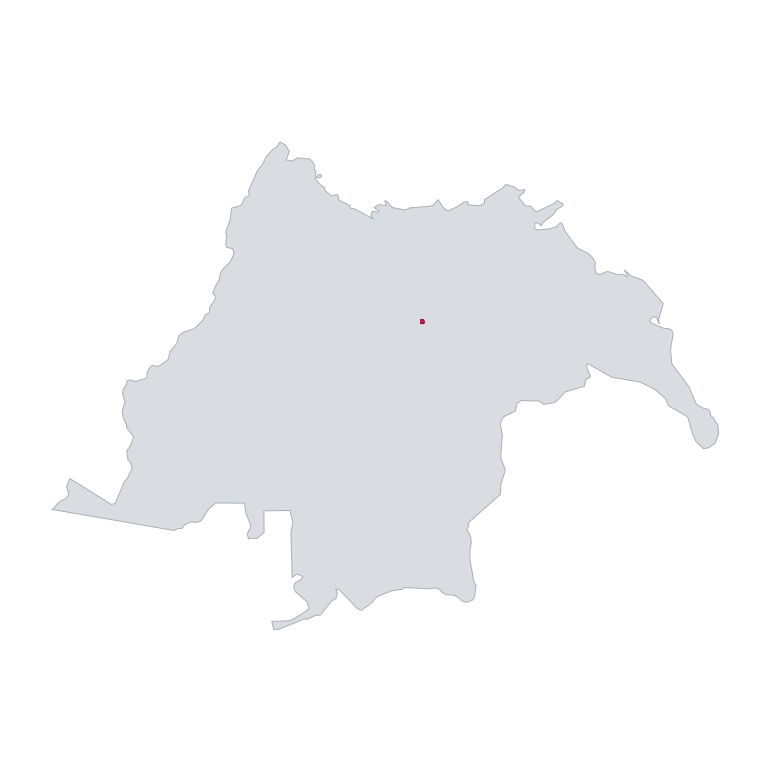 Quebradanegra, Cundinamarca, Colombia shown in context, rotated 89°
{"feature_id": "7082276B19995053800747", "entity_name": "Quebradanegra", "entity_type": "district", "adm_level": 2, "iso_a3": "COL", "parent_name": "Colombia", "parent_adm1": "Cundinamarca", "projection": "orthographic", "projection_center": [-74.5, 5.107], "detail": "fine", "context": "in_parent", "style": "filled", "palette": "rose", "viewbox_px": 768, "rotation_deg": 89, "n_neighbors": 0, "source": "geoboundaries", "source_scale": "gbopen_adm2", "svg_char_len": 4687}
<svg xmlns="http://www.w3.org/2000/svg" viewBox="0 0 768 768"><g transform="rotate(89 384 384)"><path d="M447.1,73.0L438.7,76.6L422.1,80.9L410.8,99.8L403.1,103.1L393.5,114.2L386.5,128.0L381.2,156.2L367.1,180.1L368.2,181.1L373.9,180.1L379.3,177.4L381.2,178.2L383.2,182.4L389.7,183.4L395.0,202.7L404.9,212.6L406.0,216.4L407.3,224.4L403.8,229.3L402.9,247.0L406.0,251.4L413.4,253.2L418.4,264.1L421.5,266.7L426.1,268.4L436.9,266.6L456.5,268.4L461.1,268.1L472.1,264.2L486.1,268.8L496.4,269.5L524.6,302.6L527.4,301.6L531.0,303.6L538.0,300.1L544.1,299.5L552.1,301.1L562.6,301.0L583.8,297.4L586.9,295.4L598.5,297.2L601.9,299.6L603.7,305.8L602.4,309.7L598.4,313.6L596.2,318.6L595.9,324.7L593.8,329.2L590.1,332.1L588.7,336.4L589.6,341.9L587.8,367.1L589.5,369.1L590.8,379.5L595.8,392.8L598.2,396.6L602.3,399.7L609.9,410.7L608.2,414.5L589.1,432.0L588.2,435.9L591.9,434.3L597.8,435.8L599.8,440.0L614.1,451.9L614.0,456.5L618.1,465.5L617.4,467.5L627.3,493.2L627.7,498.6L619.4,500.2L619.1,482.9L617.9,479.4L608.6,464.2L606.6,462.9L600.4,464.8L590.1,476.2L585.3,478.0L581.4,476.4L577.5,469.7L575.0,468.5L572.5,474.2L575.7,479.2L530.0,479.6L521.0,477.5L508.8,480.2L508.7,506.3L530.4,506.5L536.3,513.9L535.8,520.0L536.7,522.1L531.5,523.4L524.0,519.4L510.5,524.4L500.7,525.6L500.0,554.4L505.9,561.5L517.5,569.1L519.2,574.3L518.4,579.2L521.1,585.4L524.9,588.6L524.9,592.3L526.8,596.4L503.7,717.7L495.7,710.4L492.8,703.8L488.8,701.1L481.2,703.2L473.0,699.9L499.7,658.7L498.8,655.0L476.7,645.1L474.4,642.6L463.9,637.2L458.1,638.8L454.7,641.5L446.7,642.4L440.2,638.1L432.4,635.2L423.1,642.2L420.3,642.1L413.7,645.2L406.6,646.3L397.4,643.3L389.9,645.5L384.7,645.0L382.7,642.9L376.1,640.4L375.4,637.6L377.2,632.6L374.4,622.5L373.3,620.9L368.3,620.7L362.4,617.1L361.2,614.9L362.5,610.8L361.4,607.4L355.7,599.4L347.7,597.3L340.0,590.6L332.3,588.3L328.7,583.5L325.4,572.7L317.4,564.2L311.8,561.4L309.9,557.4L304.1,556.9L296.4,551.4L292.9,551.1L290.5,553.7L283.3,550.9L277.1,546.9L270.7,545.8L266.6,543.3L259.0,535.5L250.9,531.7L246.1,533.1L244.6,538.8L241.9,539.9L232.4,538.4L230.9,539.6L228.4,539.3L217.0,535.0L205.6,533.4L202.8,523.6L195.5,520.1L193.3,515.5L188.3,516.0L168.9,507.0L160.9,500.9L154.1,497.4L147.0,490.5L145.8,487.7L140.3,483.7L143.1,478.5L149.7,474.7L158.3,477.8L159.4,471.8L156.3,466.4L157.8,454.4L160.1,451.7L164.8,449.3L167.8,450.2L169.7,448.2L176.7,449.2L178.9,448.4L184.3,443.6L186.6,439.7L189.0,440.1L194.8,433.6L193.9,427.1L199.3,425.7L205.0,415.0L207.4,414.8L208.7,409.7L218.7,392.1L215.1,394.1L211.2,392.9L211.9,387.0L210.7,386.2L207.4,390.8L204.7,386.1L205.5,378.6L201.0,380.0L201.2,378.2L207.7,372.6L210.4,359.6L208.3,354.9L207.1,335.3L205.9,331.6L200.7,326.7L209.1,321.2L212.1,317.0L208.3,308.3L203.4,301.0L203.3,296.7L206.3,297.1L207.5,285.0L204.7,280.4L201.3,280.3L190.3,262.4L186.5,258.6L189.4,250.1L192.8,246.3L192.1,239.8L194.3,240.1L199.1,246.1L201.0,245.2L208.5,239.6L208.7,234.4L214.7,228.9L206.5,210.6L203.7,207.7L207.1,201.9L209.0,202.2L212.3,208.0L217.5,211.7L225.1,222.0L228.5,224.2L226.0,226.5L225.5,228.9L226.6,230.3L231.0,230.6L232.8,227.8L231.7,215.4L229.9,209.2L225.8,204.8L227.1,203.0L235.1,200.0L251.5,188.2L257.2,177.2L261.5,173.2L266.3,170.6L272.3,171.2L276.9,169.8L278.3,166.3L275.3,158.6L278.8,148.1L278.7,142.7L281.0,139.5L280.2,138.3L274.2,142.0L280.4,134.6L284.7,123.3L308.5,103.4L323.9,108.2L328.8,107.9L322.4,110.4L321.4,113.3L323.6,116.3L326.0,117.2L328.0,115.2L333.1,103.6L333.9,97.1L336.1,94.9L339.4,94.1L354.5,96.9L368.8,95.9L392.1,79.2L409.6,72.1L413.8,65.2L415.0,60.1L418.1,58.1L421.4,58.1L423.4,55.3L431.4,50.8L440.0,50.3L449.2,54.1L453.5,60.9L454.2,65.6L447.1,73.0ZM177.0,447.0L175.9,447.9L173.8,446.3L173.1,444.3L174.4,442.8L176.0,443.3L177.0,447.0Z" fill="#d9dde1" stroke="#a8b0b8" stroke-width="1"/><path d="M324.0,343.7L323.9,343.7L323.7,343.6L323.4,343.5L323.4,343.4L323.3,343.2L323.5,342.9L323.5,342.7L323.4,342.6L323.2,342.5L322.9,342.6L322.8,342.8L322.8,342.7L322.8,342.8L322.7,342.9L322.6,343.0L322.4,343.0L322.2,343.0L322.0,343.3L321.9,343.3L321.7,343.4L321.4,343.3L321.2,343.4L321.1,343.2L321.0,343.3L320.9,343.3L320.7,343.4L320.6,343.5L320.4,343.8L320.4,344.0L320.5,344.0L320.5,344.3L320.4,344.3L320.4,344.5L320.5,344.6L320.4,344.9L320.4,345.0L320.4,345.3L320.3,345.5L320.4,345.8L320.4,346.0L320.5,346.0L320.8,346.1L321.0,346.1L321.2,345.9L321.3,345.9L321.3,346.0L321.5,346.0L321.8,346.0L322.0,346.0L322.3,346.0L322.5,346.1L322.9,346.2L323.0,346.1L323.3,346.1L323.5,346.1L323.8,346.2L324.0,346.1L323.9,346.1L323.9,345.9L324.0,345.9L324.1,345.7L324.0,345.4L324.0,345.2L323.9,345.1L323.9,344.9L324.0,344.8L324.0,344.7L324.1,344.4L324.1,344.2L324.2,343.9L324.1,343.7L324.0,343.7Z" fill="#f43f5e" stroke="#9f1239" stroke-width="1.5"/></g></svg>